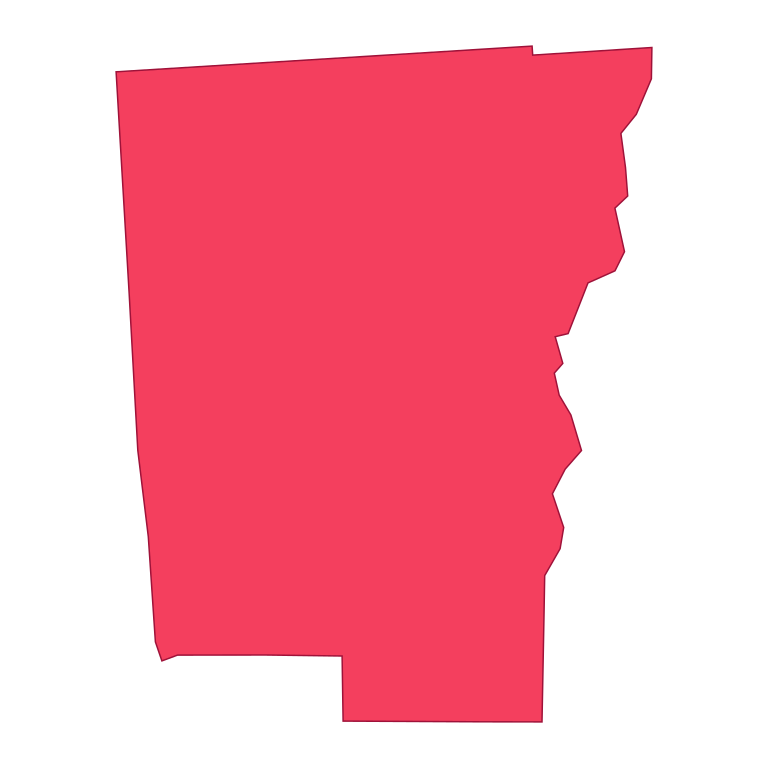 Chenango, New York, United States of America (Albers equal-area conic projection)
{"feature_id": "52423323B14203500513931", "entity_name": "Chenango", "entity_type": "district", "adm_level": 2, "iso_a3": "USA", "parent_name": "United States of America", "parent_adm1": "New York", "projection": "albers", "projection_center": [-75.501, 42.47], "detail": "fine", "context": "isolated", "style": "filled", "palette": "rose", "viewbox_px": 768, "rotation_deg": 0, "n_neighbors": 0, "source": "geoboundaries", "source_scale": "gbopen_adm2", "svg_char_len": 583}
<svg xmlns="http://www.w3.org/2000/svg" viewBox="0 0 768 768"><path d="M137.8,450.3L148.3,536.7L155.4,641.9L161.9,660.9L177.5,655.1L265.7,655.0L342.1,656.0L343.1,721.1L482.7,721.8L542.0,721.9L544.0,615.5L544.7,575.6L560.1,548.7L563.7,527.5L552.4,493.8L565.2,469.1L581.5,450.5L570.9,415.0L559.2,395.2L554.3,373.1L562.8,363.4L555.2,336.7L568.1,333.6L588.0,282.9L615.0,270.8L624.5,251.7L614.9,208.1L627.7,196.0L625.5,167.5L620.9,133.4L636.3,114.3L651.4,78.8L651.9,47.5L532.7,55.1L532.1,46.1L116.1,71.8L129.2,294.3L137.8,450.3Z" fill="#f43f5e" stroke="#9f1239" stroke-width="1.5"/></svg>